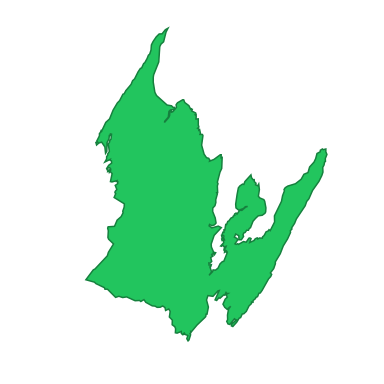 outline of Micheweni, Kaskazini-Pemba, United Republic of Tanzania, rotated 28°
{"feature_id": "72390352B10041948883658", "entity_name": "Micheweni", "entity_type": "district", "adm_level": 2, "iso_a3": "TZA", "parent_name": "United Republic of Tanzania", "parent_adm1": "Kaskazini-Pemba", "projection": "equal_earth", "projection_center": [39.804, -4.957], "detail": "fine", "context": "isolated", "style": "filled", "palette": "green", "viewbox_px": 384, "rotation_deg": 28, "n_neighbors": 0, "source": "geoboundaries", "source_scale": "gbopen_adm2", "svg_char_len": 6076}
<svg xmlns="http://www.w3.org/2000/svg" viewBox="0 0 384 384"><g transform="rotate(28 192 192)"><path d="M252.9,321.0L255.7,320.6L256.3,324.0L258.4,325.3L258.8,324.1L257.8,318.7L256.7,317.9L257.1,316.8L256.3,315.7L257.1,315.6L258.9,307.1L262.2,297.1L262.6,295.6L261.8,293.2L262.6,292.8L260.5,285.9L255.5,280.5L254.7,276.0L259.5,274.3L261.4,267.0L262.3,266.2L263.0,276.4L264.7,276.2L265.4,272.7L266.6,272.7L268.3,268.0L269.4,267.7L269.1,263.9L269.3,265.9L271.3,264.8L270.3,266.5L272.5,268.3L271.6,271.0L272.0,276.5L275.0,278.4L278.1,279.1L279.8,274.7L279.3,278.4L281.1,284.0L283.4,288.0L283.4,289.9L285.7,291.6L287.6,291.2L289.1,283.3L289.3,284.7L291.3,284.0L289.1,289.8L289.6,291.7L291.2,291.6L292.6,286.0L292.9,281.2L293.9,280.1L293.6,276.1L294.9,275.2L296.0,271.9L295.8,265.9L296.9,262.6L296.2,261.2L297.6,260.7L296.9,259.1L298.1,256.3L297.8,255.2L299.0,253.6L298.6,250.0L299.7,249.1L300.1,245.9L300.4,232.7L301.2,229.7L301.0,227.3L299.2,226.7L300.1,221.3L299.3,216.2L298.4,214.6L298.9,205.1L297.9,196.8L298.4,188.5L298.0,181.5L297.0,180.1L297.6,177.7L296.8,177.2L297.3,171.5L296.8,166.8L298.4,151.0L297.7,146.5L298.4,143.2L297.7,134.0L299.1,123.0L298.9,116.6L298.3,113.0L295.9,108.9L295.9,106.1L295.0,103.4L295.5,102.4L294.0,99.9L293.5,95.5L291.3,93.7L290.0,91.2L288.0,93.0L286.9,92.8L285.7,94.9L286.3,96.3L284.3,99.3L285.5,104.4L285.7,108.3L284.1,114.7L285.3,120.4L282.5,123.8L282.4,129.5L279.5,136.1L273.8,141.8L272.3,144.4L272.1,146.6L273.1,147.7L273.7,152.7L275.4,158.3L276.0,174.4L279.0,179.7L279.2,189.4L277.7,189.1L277.5,190.7L276.1,192.4L276.1,196.6L275.4,198.4L275.8,199.7L273.1,201.0L272.1,202.6L271.2,201.9L270.5,202.6L269.5,204.5L269.8,205.4L266.7,209.5L266.0,205.4L264.7,205.4L263.9,206.1L263.4,210.9L260.7,211.6L257.6,216.5L256.7,216.2L255.5,217.6L254.3,217.6L254.8,212.9L253.6,211.9L250.6,211.9L250.3,208.6L253.8,208.6L255.9,212.1L258.0,211.0L258.4,207.0L257.1,205.8L257.0,203.8L257.9,202.8L258.2,200.1L259.8,199.3L259.7,197.3L260.4,196.1L259.6,189.2L260.5,185.4L261.7,181.9L264.9,179.6L266.4,176.6L266.4,175.0L264.7,171.3L260.5,166.0L259.0,165.0L254.7,165.4L252.6,164.6L250.4,158.3L247.2,153.7L247.2,155.6L244.7,155.8L244.4,154.2L242.2,153.6L241.1,151.9L240.2,152.5L237.8,151.4L236.0,149.2L233.8,157.9L234.2,161.0L232.9,161.3L231.4,164.2L231.0,166.6L233.0,173.1L236.3,182.3L238.3,185.4L241.8,186.1L245.2,182.4L246.0,179.9L247.9,178.6L246.5,180.2L244.7,184.8L242.7,185.8L242.1,190.4L240.8,189.9L240.0,191.3L240.1,192.4L240.6,192.5L239.7,194.1L240.0,194.9L238.6,196.8L238.1,200.4L237.4,201.2L237.8,204.5L237.0,204.8L238.8,210.1L238.0,210.4L239.1,212.6L238.2,212.9L238.5,215.4L239.8,215.7L238.5,216.5L240.2,218.4L241.1,217.0L241.3,217.8L240.2,219.5L241.4,220.8L242.3,220.1L242.4,218.4L243.3,219.1L242.6,220.1L243.8,221.8L242.7,226.2L243.7,226.0L243.9,224.3L246.2,225.4L247.6,223.9L247.8,225.5L246.8,226.1L247.3,228.0L247.9,227.4L248.7,229.2L249.1,227.3L249.4,229.0L249.9,227.8L250.8,228.1L250.5,229.1L251.6,229.1L252.6,238.3L251.5,239.2L250.5,242.2L250.7,247.0L249.4,250.0L247.2,250.9L247.6,252.7L246.2,257.6L246.7,253.2L243.0,249.8L243.6,249.2L243.2,247.1L241.4,248.5L240.2,246.8L241.4,246.3L242.0,244.0L239.3,241.1L240.6,238.6L238.8,238.3L238.8,237.6L239.8,236.6L241.3,236.9L241.4,234.5L240.1,234.8L240.7,236.5L239.3,235.8L239.1,234.8L235.0,231.5L233.4,229.0L231.9,219.9L234.6,209.7L231.2,209.8L226.3,214.4L223.0,213.9L222.7,212.4L225.4,212.4L227.3,210.4L227.8,208.1L224.7,204.0L219.4,199.5L217.9,196.4L218.7,193.3L218.0,190.1L216.6,187.7L215.3,181.8L214.1,181.0L214.9,180.4L211.5,174.7L211.1,172.5L209.8,171.5L207.4,161.4L207.2,157.3L202.4,147.3L201.6,148.1L200.3,145.4L199.5,145.8L196.1,152.9L193.0,156.6L192.7,155.4L190.9,154.4L188.7,154.9L184.9,152.9L178.5,146.1L175.2,137.1L174.2,136.3L172.0,137.4L171.9,136.2L169.5,133.4L169.0,134.2L168.6,133.2L167.0,133.1L167.6,131.8L167.1,130.7L166.4,130.4L163.2,124.5L161.3,125.7L160.0,122.8L158.6,122.4L159.3,121.7L158.1,120.5L153.7,120.6L153.5,119.1L152.3,119.6L152.4,118.8L151.0,118.9L148.7,117.2L143.6,116.4L141.4,114.5L140.5,114.9L137.3,120.0L137.0,122.4L138.5,124.5L137.5,129.9L136.5,131.2L135.7,131.0L135.8,129.6L134.8,131.4L136.4,135.2L136.5,137.3L135.0,143.6L134.7,142.2L135.9,137.0L133.8,131.7L134.4,129.6L137.3,127.6L137.6,126.4L136.6,125.6L135.8,126.2L133.4,125.5L129.2,126.9L115.4,123.5L112.4,121.4L106.2,113.2L103.9,108.8L103.1,106.4L101.6,92.8L95.3,78.8L95.2,76.0L96.4,72.7L94.0,63.0L93.9,58.7L92.3,61.2L91.3,66.4L88.8,67.9L87.6,71.8L87.0,77.4L87.1,81.2L89.2,86.0L89.9,90.1L89.3,91.7L89.7,95.2L89.6,100.3L89.0,101.2L89.3,106.1L88.4,107.1L88.0,111.0L88.2,119.1L87.3,121.6L87.7,125.5L86.0,133.5L86.0,137.1L85.1,138.1L85.2,145.3L84.3,148.3L83.9,156.7L84.9,166.2L83.2,171.0L83.6,179.5L82.9,180.1L83.0,181.3L83.6,181.2L82.8,183.7L83.9,186.0L84.0,191.7L85.3,192.2L83.9,193.4L85.7,195.3L86.7,192.6L88.8,190.4L93.9,193.1L97.5,198.4L97.7,196.1L93.8,188.3L93.7,183.9L92.5,181.0L93.0,180.8L92.7,179.0L93.8,178.7L95.7,183.4L95.2,184.9L95.8,186.9L95.5,188.9L100.0,195.0L99.7,198.1L100.3,199.1L100.0,200.8L101.1,203.0L101.0,206.4L104.5,201.6L104.6,202.4L106.2,202.3L107.5,204.2L105.9,207.5L105.6,211.4L106.3,211.9L106.4,210.4L108.0,209.2L109.2,209.9L108.8,211.4L107.6,211.9L108.0,213.6L109.4,212.5L109.8,213.2L110.1,211.5L110.5,212.5L112.8,213.2L115.1,221.1L116.6,220.7L120.4,217.2L120.5,218.2L121.6,217.7L122.5,219.5L121.1,222.2L124.5,225.1L123.9,227.5L124.3,228.8L125.4,229.2L125.8,233.4L137.8,234.2L139.2,237.2L139.9,241.5L140.9,242.7L141.0,247.0L139.1,252.0L139.7,258.7L134.3,262.1L134.5,263.5L136.3,265.5L139.1,271.6L140.5,272.8L147.1,274.7L146.5,284.5L147.2,288.1L142.5,305.5L141.4,307.1L139.5,319.3L148.2,317.4L150.2,318.0L159.6,317.6L160.8,318.7L163.0,317.5L174.0,320.9L176.4,318.4L180.4,317.7L183.5,315.3L192.8,314.7L196.6,312.4L198.2,312.7L200.1,309.6L203.0,311.1L210.3,311.2L213.0,310.1L215.4,310.2L218.0,308.7L219.6,306.4L222.4,306.7L224.3,309.0L226.4,306.2L228.8,307.7L230.7,313.0L234.8,314.4L236.8,318.5L240.0,319.0L241.7,320.4L243.4,324.1L245.1,323.6L248.0,320.2L248.9,321.8L250.7,322.4L251.6,321.6L251.0,320.9L251.4,320.1L252.9,321.0Z" fill="#22c55e" stroke="#15803d" stroke-width="1.5"/></g></svg>